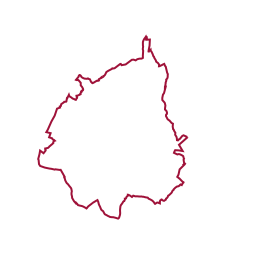 the district of Cergau, Alba, Romania, rotated 294°
{"feature_id": "2599482B88582308663497", "entity_name": "Cergau", "entity_type": "district", "adm_level": 2, "iso_a3": "ROU", "parent_name": "Romania", "parent_adm1": "Alba", "projection": "equal_earth", "projection_center": [23.934, 46.087], "detail": "fine", "context": "isolated", "style": "outline", "palette": "rose", "viewbox_px": 256, "rotation_deg": 294, "n_neighbors": 0, "source": "geoboundaries", "source_scale": "gbopen_adm2", "svg_char_len": 5730}
<svg xmlns="http://www.w3.org/2000/svg" viewBox="0 0 256 256"><g transform="rotate(294 128 128)"><path d="M97.7,200.3L97.8,200.3L98.7,200.4L99.8,200.5L100.3,200.7L100.8,200.9L101.0,200.8L101.2,199.4L102.8,195.5L102.8,195.0L102.9,194.8L102.9,194.7L103.1,194.4L103.1,194.1L103.4,192.9L105.9,193.1L111.2,192.0L117.4,194.4L117.4,193.7L118.7,194.3L118.8,193.5L121.6,191.7L122.2,191.6L122.7,191.7L123.2,191.1L124.7,189.9L124.9,189.3L125.1,186.7L125.0,185.6L124.6,184.6L123.9,183.8L124.0,180.1L125.5,180.0L126.9,180.1L128.2,183.5L129.2,187.3L133.4,181.4L143.0,185.8L143.1,185.3L143.9,185.0L143.9,181.7L142.8,180.8L139.1,179.8L138.6,179.3L137.0,178.7L136.8,177.7L138.1,177.0L138.6,176.7L139.8,175.7L140.8,174.1L141.1,173.8L142.9,173.2L144.0,171.5L145.1,170.4L145.2,169.8L147.4,168.3L150.2,167.3L150.3,165.8L150.8,164.7L151.3,163.8L151.4,163.3L151.7,162.9L151.8,162.1L152.1,160.7L154.4,157.8L155.7,157.4L156.8,157.8L158.0,157.3L159.1,156.3L159.7,155.0L159.9,154.3L160.8,153.9L163.8,153.0L165.5,151.7L166.1,151.1L167.5,148.0L169.4,147.1L172.6,146.4L174.6,146.7L180.8,145.7L180.6,145.4L180.2,145.2L181.2,144.8L182.3,144.9L183.2,144.4L184.3,144.2L184.8,143.9L186.5,143.8L187.4,143.5L187.5,143.3L187.8,143.2L189.2,143.7L190.7,143.5L192.9,142.6L193.4,142.5L194.4,141.3L199.4,137.5L199.8,136.6L201.3,135.0L200.3,134.1L199.7,133.7L197.3,131.7L197.0,131.2L198.5,130.7L199.5,129.1L200.1,126.7L200.8,126.2L201.5,125.4L202.6,123.7L203.6,122.8L203.8,122.4L203.8,122.1L205.6,120.4L207.3,118.4L207.8,117.3L208.7,116.8L207.7,116.4L207.1,116.0L205.5,115.9L207.6,115.2L212.0,114.2L217.7,112.0L216.0,108.7L216.4,108.4L216.6,108.0L216.6,107.7L216.8,107.6L217.0,107.9L217.3,108.2L217.4,108.6L217.6,108.7L217.8,108.7L218.0,108.3L218.2,108.1L218.7,108.1L218.8,107.9L218.6,107.6L218.7,107.3L218.8,107.2L217.6,107.0L216.8,106.8L216.0,106.6L214.0,106.5L213.1,106.6L212.9,106.6L212.0,106.9L209.4,108.1L208.7,108.6L207.2,109.1L206.1,109.4L204.8,110.4L200.0,112.2L198.1,113.1L197.0,112.3L195.9,110.1L194.6,108.5L192.9,107.5L192.7,105.3L191.9,103.8L189.6,102.5L187.8,101.5L185.1,100.0L182.8,96.6L183.6,95.3L183.4,94.9L181.1,93.6L177.4,91.6L176.6,90.8L176.1,89.4L175.5,89.3L172.2,86.7L170.4,85.5L167.4,85.4L166.6,85.2L165.8,84.9L165.5,84.4L164.8,84.6L163.2,83.5L163.5,83.1L163.0,82.9L162.7,83.1L160.9,81.6L160.2,81.5L159.6,82.1L158.8,81.3L158.5,80.3L155.2,78.0L154.5,77.3L154.5,77.0L154.9,76.6L155.0,75.7L155.7,74.8L157.0,73.4L156.8,71.9L157.0,71.6L157.0,71.2L156.3,70.6L156.1,70.1L155.4,68.1L155.4,66.3L155.6,64.9L156.6,63.5L156.8,62.5L156.7,62.2L155.9,61.8L154.7,62.0L150.8,60.9L150.8,61.4L151.6,63.2L150.1,66.4L147.7,67.5L146.9,69.2L145.6,70.9L144.9,71.4L144.2,71.5L143.8,71.3L143.7,70.9L142.6,70.4L142.4,70.9L142.1,70.9L141.6,70.6L141.4,70.8L140.1,70.4L139.5,70.9L137.3,69.0L136.5,67.8L135.3,68.6L135.3,69.0L135.0,69.2L134.3,69.2L133.8,69.0L132.5,68.9L132.4,68.3L132.5,66.9L132.4,65.6L132.5,64.9L132.9,63.7L132.9,62.7L133.4,61.3L134.3,60.5L130.5,60.4L130.5,60.1L129.4,60.3L127.2,60.9L126.9,60.8L126.0,59.1L125.6,59.1L122.6,57.3L120.8,57.7L119.9,56.9L119.0,57.6L116.8,55.3L109.5,56.0L102.8,55.4L94.0,55.4L91.0,55.1L91.8,59.4L87.4,59.7L87.7,62.9L87.2,63.4L86.9,64.3L87.0,65.1L86.6,66.3L86.5,66.2L86.1,65.6L84.5,65.5L83.9,65.9L82.2,65.2L81.1,64.6L80.1,64.2L79.3,63.7L78.7,63.6L77.4,63.1L76.6,62.0L76.1,61.8L75.8,61.3L75.7,60.7L75.4,60.7L75.0,60.9L73.9,61.9L70.6,61.1L71.6,56.9L68.0,57.8L63.1,58.6L62.5,59.3L58.8,61.4L57.6,63.2L58.0,68.1L59.0,72.8L59.5,74.4L60.2,78.0L60.7,78.4L61.9,82.6L62.4,83.5L60.0,86.8L57.6,90.0L57.1,89.7L55.6,91.3L54.7,91.9L53.5,93.4L52.7,94.5L52.5,95.3L52.2,96.1L51.2,97.9L50.1,100.1L49.6,100.8L47.4,102.4L46.1,102.7L44.7,103.2L43.4,104.1L42.9,104.6L41.4,105.4L39.2,108.4L38.0,111.0L38.6,111.0L37.9,112.7L37.2,113.7L37.2,113.8L37.4,114.6L37.5,115.5L37.7,116.4L37.8,117.0L37.9,117.3L38.0,118.1L38.0,118.4L38.0,119.2L38.0,119.5L37.8,121.7L37.6,122.8L38.0,123.0L39.5,123.3L40.0,123.5L40.6,123.7L41.4,124.2L41.8,124.4L42.6,124.8L43.6,125.4L44.5,125.8L45.0,125.9L44.9,125.9L45.1,126.1L48.4,128.4L49.3,129.1L49.7,129.4L49.6,129.5L48.8,130.5L48.6,130.7L47.6,131.5L46.7,132.2L45.9,133.0L45.1,134.0L44.6,134.6L43.2,136.0L42.8,136.5L42.6,136.7L42.3,137.3L42.1,138.0L42.0,138.6L41.8,139.3L41.0,140.2L40.2,141.3L39.8,141.9L39.7,142.9L39.7,143.7L39.5,145.5L39.5,146.3L39.5,147.2L39.4,147.5L39.7,148.8L40.3,150.4L40.5,150.8L40.9,153.1L41.2,155.8L41.4,155.9L41.8,156.1L42.2,156.3L42.8,156.3L45.4,156.0L46.1,155.8L47.0,155.5L48.2,154.9L49.1,154.4L49.9,154.1L50.3,153.9L53.1,153.0L53.8,152.9L54.5,152.9L55.3,153.0L55.9,153.2L56.9,153.4L57.6,153.5L58.7,153.6L59.3,153.8L59.7,154.3L60.7,154.3L61.8,154.2L62.2,153.9L62.7,154.7L63.0,154.8L63.8,154.7L64.6,154.7L65.5,155.1L65.8,155.3L66.0,155.4L66.4,155.2L66.8,155.1L67.0,155.0L67.1,155.3L67.1,155.5L67.1,156.8L67.0,157.7L66.8,158.8L66.6,159.7L66.8,159.8L68.3,160.3L68.4,160.8L68.5,162.4L69.0,163.4L69.3,164.1L69.6,164.8L69.7,165.3L70.0,166.1L70.2,166.7L70.9,168.1L71.1,169.1L71.5,170.1L71.6,171.0L71.9,172.6L72.4,174.3L72.3,174.7L71.8,175.5L71.8,176.1L71.8,177.4L71.7,178.7L71.5,179.9L70.9,181.5L69.7,183.4L69.8,183.7L70.4,184.0L71.1,184.5L71.3,184.6L71.6,184.8L71.8,185.1L72.1,186.0L72.0,186.7L72.1,187.8L72.9,187.4L73.6,187.1L74.1,187.0L74.9,186.9L75.7,187.4L76.3,187.6L76.4,187.9L76.0,188.9L76.0,189.5L76.0,190.1L76.2,190.6L76.5,190.8L77.7,191.5L78.0,191.7L78.5,191.5L79.0,191.5L79.6,191.9L80.1,192.1L81.0,192.3L81.3,192.3L82.2,192.2L82.5,192.2L83.2,192.8L83.6,192.9L84.4,193.3L85.5,193.7L86.1,194.0L87.1,194.2L88.8,194.2L89.3,194.4L89.6,194.6L89.9,194.8L90.6,194.7L91.1,194.9L91.9,195.2L92.4,195.4L93.1,195.7L94.1,196.4L94.4,196.5L94.6,196.7L94.9,197.2L95.3,197.8L95.7,198.0L96.3,198.5L96.6,198.5L97.3,198.7L97.9,199.1L97.9,199.8L97.7,200.1L97.7,200.3Z" fill="none" stroke="#9f1239" stroke-width="2"/></g></svg>